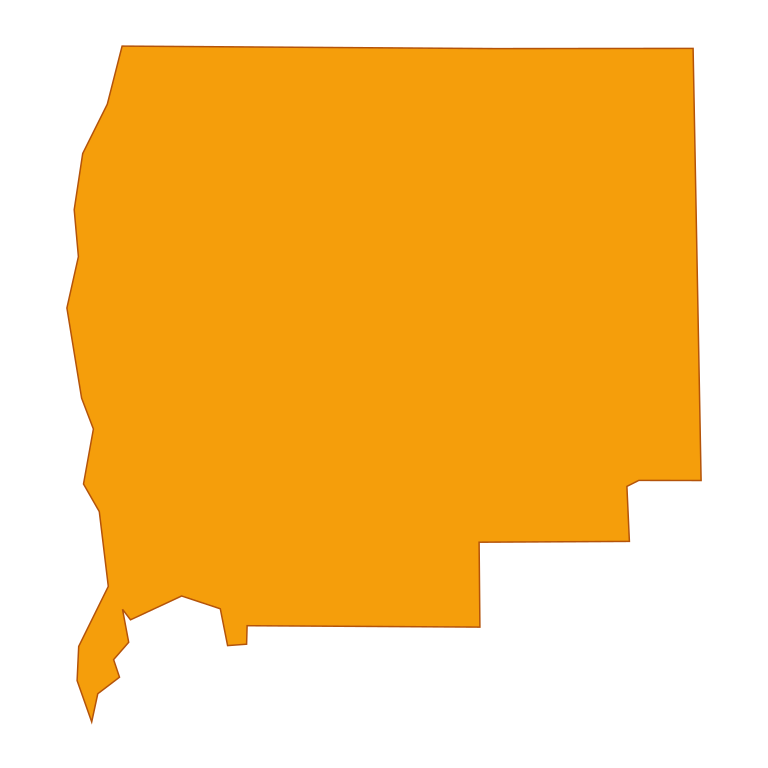 Greene, Illinois, United States of America
{"feature_id": "52423323B58371871806637", "entity_name": "Greene", "entity_type": "district", "adm_level": 2, "iso_a3": "USA", "parent_name": "United States of America", "parent_adm1": "Illinois", "projection": "natural_earth1", "projection_center": [-90.485, 39.32], "detail": "fine", "context": "isolated", "style": "filled", "palette": "amber", "viewbox_px": 768, "rotation_deg": 0, "n_neighbors": 0, "source": "geoboundaries", "source_scale": "gbopen_adm2", "svg_char_len": 524}
<svg xmlns="http://www.w3.org/2000/svg" viewBox="0 0 768 768"><path d="M693.1,48.4L495.2,48.6L122.1,46.1L107.3,104.2L82.7,153.5L74.2,209.7L78.4,256.7L66.9,308.0L81.6,398.1L93.4,429.0L83.5,484.0L99.3,511.6L108.3,586.4L78.7,646.4L77.1,680.6L91.7,721.9L97.8,693.7L119.5,677.2L113.6,659.6L128.7,642.3L122.5,609.3L130.5,619.8L181.6,596.0L220.3,608.8L227.6,645.6L246.6,644.2L247.1,625.7L479.9,627.1L479.1,542.2L629.4,541.4L626.9,486.4L638.8,480.4L701.1,480.5L693.1,48.4Z" fill="#f59e0b" stroke="#b45309" stroke-width="1.5"/></svg>